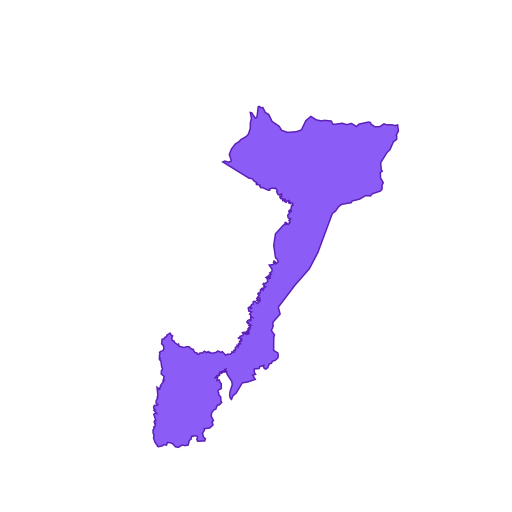 Pinogana, Darién, Panama, rotated 234°
{"feature_id": "35544464B85836861885504", "entity_name": "Pinogana", "entity_type": "district", "adm_level": 2, "iso_a3": "PAN", "parent_name": "Panama", "parent_adm1": "Darién", "projection": "albers", "projection_center": [-77.802, 8.304], "detail": "fine", "context": "isolated", "style": "filled", "palette": "violet", "viewbox_px": 512, "rotation_deg": 234, "n_neighbors": 0, "source": "geoboundaries", "source_scale": "gbopen_adm2", "svg_char_len": 6103}
<svg xmlns="http://www.w3.org/2000/svg" viewBox="0 0 512 512"><g transform="rotate(234 256 256)"><path d="M244.1,141.2L244.4,137.5L243.3,136.2L243.8,134.3L242.9,133.2L243.9,131.1L240.4,128.0L237.5,128.4L234.8,126.6L234.1,124.7L234.9,122.7L234.7,121.2L233.6,121.0L231.7,118.8L229.4,118.2L229.9,117.5L228.7,117.0L227.0,117.4L221.8,114.5L220.3,114.4L219.0,113.3L219.1,112.3L216.4,110.0L212.5,110.9L211.0,109.0L209.8,108.8L210.3,108.2L209.7,107.4L208.9,107.5L207.3,102.5L206.3,102.3L206.2,101.1L204.8,99.8L205.4,98.7L206.3,99.3L208.0,98.8L200.6,94.4L199.9,93.1L199.0,93.2L197.7,90.3L196.2,89.0L195.2,88.6L193.6,89.3L193.3,88.0L194.9,86.1L194.1,84.5L192.6,83.7L190.9,84.1L191.2,82.7L187.1,83.0L187.8,82.4L188.1,80.3L181.8,78.2L182.3,77.2L181.8,76.3L181.1,75.8L179.8,76.3L179.7,75.4L178.4,75.1L177.4,74.0L177.8,72.9L176.3,72.1L175.8,70.4L172.9,68.5L171.3,68.4L169.1,66.2L164.3,64.7L161.3,64.9L160.0,64.4L159.0,65.0L157.4,68.8L157.7,70.5L155.6,72.5L157.3,74.7L155.0,77.2L152.6,78.4L149.1,78.6L146.8,80.7L146.4,85.4L144.5,86.9L142.9,89.9L146.0,93.7L146.0,95.8L147.8,97.7L147.9,98.7L147.0,99.0L147.1,99.9L145.3,102.3L143.3,102.0L142.6,100.4L140.5,99.9L136.5,105.8L137.8,107.6L140.4,107.1L144.1,108.6L145.4,111.9L146.7,112.7L144.1,117.3L144.4,121.5L145.1,122.3L147.5,122.5L147.8,124.8L152.6,125.6L155.3,127.9L156.3,131.8L155.7,133.4L158.1,137.1L157.1,138.7L157.7,142.2L159.5,142.5L162.7,144.6L165.8,144.3L167.0,145.4L168.6,145.4L169.6,146.5L169.2,150.0L173.1,152.9L174.3,152.6L177.4,153.4L178.1,151.2L180.5,153.8L181.5,151.5L182.2,153.9L180.8,156.3L181.6,157.0L182.5,156.8L182.4,158.0L183.4,158.9L182.8,159.8L181.5,159.1L181.3,161.3L181.9,160.9L182.5,161.4L181.5,162.9L181.1,161.8L180.1,163.0L182.4,163.7L182.6,163.2L182.2,165.2L181.5,164.3L179.8,164.3L177.4,163.1L168.8,162.7L165.9,161.2L161.4,155.1L158.5,152.6L155.7,151.6L154.4,151.9L156.4,155.0L156.8,159.5L161.4,170.3L158.9,175.3L156.6,182.9L161.5,183.3L160.5,186.1L163.1,186.3L165.6,188.4L163.1,192.3L164.3,194.0L162.9,198.0L161.9,196.9L159.9,196.6L158.6,197.7L158.8,200.0L160.9,203.3L160.1,205.5L161.3,207.4L160.3,209.9L160.6,213.4L161.7,215.0L164.5,216.7L169.3,214.8L179.9,222.7L181.3,224.6L186.6,224.6L189.1,228.6L192.4,230.6L194.9,241.4L201.5,244.0L209.6,270.8L214.3,291.6L222.4,308.0L245.5,342.7L245.6,346.6L247.4,352.1L247.4,355.8L243.2,364.3L244.0,366.1L241.1,373.2L240.5,380.0L237.3,383.9L238.0,386.6L235.4,394.9L236.1,397.4L239.3,399.7L240.4,402.0L246.1,402.7L250.5,405.7L250.4,408.0L252.2,408.1L258.2,411.7L262.7,422.8L263.4,427.1L267.6,434.2L267.7,438.4L270.6,440.5L271.3,440.4L273.4,444.7L278.8,447.6L279.8,445.1L282.1,443.2L285.6,438.5L287.7,437.3L287.8,432.4L290.5,428.2L294.6,426.7L297.1,426.9L298.3,425.6L302.1,417.1L301.7,413.4L307.2,411.1L308.8,406.7L312.7,403.8L316.7,396.3L317.9,395.7L321.0,396.2L325.6,391.0L326.7,388.5L330.5,384.9L336.7,382.4L336.2,375.9L331.5,367.2L331.5,366.0L333.0,361.4L337.3,354.4L342.5,350.6L347.3,351.0L355.4,348.1L363.1,349.5L366.6,347.9L372.1,348.8L373.1,347.1L375.1,346.6L375.5,345.6L368.3,338.9L367.6,337.2L368.4,336.4L374.2,336.7L375.5,335.7L369.9,333.1L367.0,329.6L362.7,326.5L359.0,321.4L358.4,318.4L359.1,312.1L358.5,309.6L358.8,305.0L357.0,299.1L353.9,294.1L348.3,292.3L347.3,291.4L348.1,288.9L351.2,286.5L351.6,284.4L323.2,296.0L320.4,298.6L318.5,298.3L314.4,299.8L314.3,298.6L313.5,298.4L311.2,300.9L310.4,300.1L308.3,300.1L307.8,301.3L301.9,304.7L301.2,305.7L302.1,306.1L301.6,308.9L300.0,310.2L299.7,311.6L296.5,311.7L295.9,310.5L292.9,310.0L291.7,310.6L291.2,313.1L289.5,312.2L289.4,311.0L290.1,310.8L289.7,309.9L287.8,309.8L287.5,310.8L285.9,311.7L285.6,310.9L286.1,310.6L285.1,310.2L284.9,312.7L283.9,312.7L283.8,311.3L283.1,311.2L281.7,312.1L282.2,312.8L281.9,314.4L280.4,314.2L281.1,315.2L279.9,315.2L279.7,313.8L278.3,314.6L278.7,315.1L277.3,316.7L275.8,315.6L276.5,314.8L275.4,315.2L275.7,314.3L273.5,311.9L271.4,310.8L271.6,310.0L272.6,311.0L273.3,310.4L273.1,308.9L270.8,308.2L270.7,306.4L269.9,305.3L267.9,304.5L265.5,305.9L265.6,303.7L263.9,303.6L263.6,302.6L262.8,302.7L262.6,300.7L265.7,299.8L266.0,299.2L265.5,298.6L263.9,299.2L264.9,296.4L262.5,284.8L254.2,276.6L243.0,270.7L241.1,271.2L238.1,270.5L238.0,267.5L239.6,268.3L241.4,267.7L240.5,266.4L239.4,267.0L239.1,264.7L240.9,261.3L235.7,261.2L234.1,259.6L234.2,257.1L232.3,257.5L232.9,255.4L231.2,253.9L231.0,255.4L229.7,254.4L230.4,252.6L232.6,253.5L232.8,251.4L231.3,251.8L228.3,250.4L228.5,246.9L229.4,246.1L228.9,245.0L227.4,245.6L226.5,244.2L225.5,245.4L225.5,243.9L224.3,241.7L226.1,242.1L226.4,241.5L225.5,240.8L226.2,240.0L223.5,237.3L224.6,236.5L224.5,235.5L223.6,235.1L222.4,235.6L221.0,231.0L220.5,233.9L219.1,234.2L217.5,233.0L219.6,232.1L219.5,230.6L217.1,231.4L216.7,229.2L220.1,228.4L220.7,226.9L218.9,225.5L219.3,223.9L218.1,221.6L216.3,221.6L216.6,220.7L217.2,221.1L218.6,220.7L218.5,219.1L215.5,217.8L213.5,219.6L212.7,216.7L212.0,217.2L210.3,216.3L208.5,216.9L209.6,215.7L206.7,214.0L207.1,213.5L208.2,213.7L208.6,211.3L208.0,209.7L206.3,209.8L206.3,210.9L205.4,210.2L203.1,211.3L203.7,209.6L202.4,210.1L201.1,209.0L202.3,208.3L201.7,206.5L200.3,207.1L200.5,205.4L199.9,205.1L198.8,206.3L199.1,205.5L197.3,204.6L197.8,203.1L198.5,204.3L200.4,204.5L200.6,203.9L199.1,203.6L198.9,201.9L200.2,202.3L200.3,201.3L201.2,201.7L202.0,200.0L200.3,199.8L199.5,198.6L200.4,195.8L199.7,195.2L200.0,193.6L199.3,193.6L199.3,194.9L197.3,195.7L196.9,195.2L197.7,194.1L196.6,195.2L195.8,194.5L196.0,193.8L196.8,193.7L196.4,192.1L194.2,191.8L195.1,190.4L194.2,190.2L194.6,189.3L193.1,188.2L194.6,188.0L194.1,187.6L194.1,185.4L192.1,184.5L191.8,183.6L192.5,183.7L192.7,182.7L192.1,181.6L191.2,181.5L192.6,180.0L191.7,179.4L191.6,177.4L193.2,175.5L193.5,173.2L198.5,172.5L198.5,171.1L201.6,169.3L201.5,166.9L202.8,164.0L204.0,162.5L206.0,161.7L205.5,161.4L206.0,160.5L207.0,160.3L207.0,159.2L209.3,158.3L209.1,155.5L210.5,153.7L210.1,152.1L211.1,150.9L212.1,151.3L214.1,149.8L216.3,149.9L217.1,150.5L219.4,148.9L221.9,148.5L223.2,147.0L224.3,143.9L228.3,140.7L230.3,141.6L230.4,140.4L234.0,139.2L235.2,139.8L236.8,138.6L239.3,139.7L240.3,141.6L241.9,140.9L244.1,141.2Z" fill="#8b5cf6" stroke="#5b21b6" stroke-width="1.5"/></g></svg>